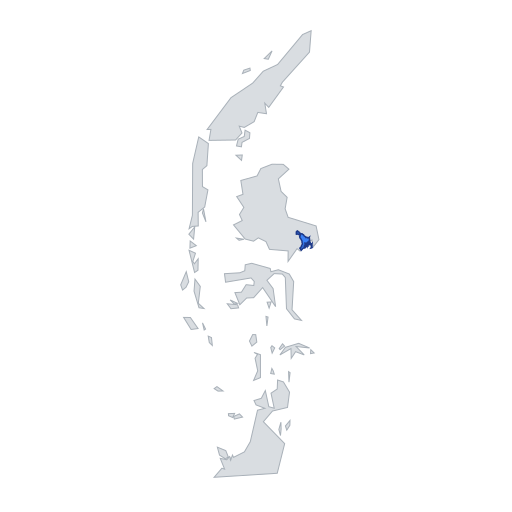 Bulungan, Kalimantan Timur, Indonesia (highlighted), rotated 84°
{"feature_id": "22746128B10941975158621", "entity_name": "Bulungan", "entity_type": "district", "adm_level": 2, "iso_a3": "IDN", "parent_name": "Indonesia", "parent_adm1": "Kalimantan Timur", "projection": "orthographic", "projection_center": [117.459, 2.847], "detail": "fine", "context": "in_parent", "style": "filled", "palette": "blue", "viewbox_px": 512, "rotation_deg": 84, "n_neighbors": 0, "source": "geoboundaries", "source_scale": "gbopen_adm2", "svg_char_len": 8739}
<svg xmlns="http://www.w3.org/2000/svg" viewBox="0 0 512 512"><g transform="rotate(84 256 256)"><path d="M173.1,214.2L181.6,225.7L194.4,224.3L200.9,218.9L212.1,222.1L220.9,220.0L232.4,193.1L246.3,191.7L252.9,198.1L245.8,198.7L255.8,211.6L253.0,214.4L264.8,224.7L254.3,223.5L250.8,241.9L242.7,244.6L238.2,251.8L241.0,256.9L238.0,265.0L222.7,275.1L219.3,266.0L213.0,268.1L206.4,263.0L194.9,269.0L193.3,262.5L179.3,263.2L176.5,246.6L169.5,242.0L166.4,230.5L167.7,219.3L173.1,214.2ZM37.7,177.6L58.8,181.5L85.9,211.6L89.3,214.0L90.8,211.0L109.5,227.8L104.9,231.3L115.6,230.7L113.4,239.2L122.2,243.8L126.9,254.2L125.1,259.1L132.2,257.1L138.5,264.2L136.1,290.6L125.4,287.6L125.1,291.4L95.9,264.3L83.7,241.2L73.0,229.5L67.8,214.5L40.6,186.5L37.7,177.6ZM474.3,257.6L471.7,320.8L463.5,312.1L464.7,309.5L453.5,312.7L455.6,306.4L452.7,303.2L453.7,302.7L455.5,302.9L456.6,302.6L451.5,300.2L453.9,299.4L449.6,288.0L440.1,281.1L409.5,270.6L408.4,263.1L404.1,271.5L399.5,273.1L398.1,265.6L390.8,260.8L407.2,259.0L409.3,253.8L394.0,255.4L390.5,248.8L381.6,247.5L384.1,241.9L394.9,236.9L409.9,240.5L411.9,255.8L421.6,266.0L445.6,247.1L474.3,257.6ZM322.6,224.3L311.6,231.2L280.5,229.1L276.7,231.7L275.4,239.8L281.3,247.7L290.2,242.4L308.4,241.8L288.1,252.7L297.2,262.7L296.8,269.7L302.8,277.2L290.2,280.8L290.5,274.3L283.5,268.8L285.1,261.3L281.2,260.4L277.3,263.2L278.9,289.0L270.3,289.2L271.0,273.8L269.5,268.7L263.6,267.6L262.8,261.0L269.9,243.2L273.2,242.8L272.0,235.2L277.4,224.8L285.4,221.2L313.3,225.8L324.8,217.5L322.6,224.3ZM139.2,291.6L161.0,295.4L164.4,300.3L181.4,302.0L185.2,296.9L201.9,301.9L206.5,309.0L220.1,310.3L219.9,316.2L221.9,319.7L208.9,315.0L157.3,309.3L131.6,300.5L139.2,291.6ZM350.2,225.6L359.4,218.4L355.3,226.6L361.5,231.7L351.7,230.9L356.9,242.6L349.9,236.3L347.3,222.7L353.1,212.3L350.2,225.6ZM354.6,261.9L377.4,264.3L379.5,271.4L370.4,266.3L357.6,267.6L354.0,264.8L351.7,268.1L354.6,261.9ZM301.5,318.1L284.5,321.3L272.6,319.1L280.4,314.6L297.0,318.3L302.8,313.2L301.5,318.1ZM252.7,313.8L264.1,315.2L266.0,318.8L243.3,322.0L246.9,315.9L254.8,319.4L257.3,318.1L252.7,313.8ZM322.1,321.2L322.3,328.2L309.5,334.4L310.3,327.7L322.1,321.2ZM138.4,250.2L141.5,258.0L145.9,259.1L144.5,263.9L138.0,261.5L135.9,255.2L129.7,253.7L132.8,249.2L138.4,250.2ZM450.2,313.1L442.1,314.4L446.4,306.4L452.8,304.6L454.6,307.5L450.2,313.1ZM274.6,325.6L279.8,328.9L282.2,332.6L276.8,333.9L264.3,327.0L274.6,325.6ZM341.7,264.2L345.2,269.5L339.9,271.4L333.8,267.5L334.2,264.5L341.7,264.2ZM220.7,313.9L232.7,316.3L227.3,320.5L220.7,313.9ZM239.5,314.3L241.3,320.9L234.2,319.9L239.5,314.3ZM159.4,260.4L153.7,265.4L154.1,259.1L159.4,260.4ZM414.8,286.2L415.9,294.6L413.3,295.0L411.3,289.0L414.8,286.2ZM216.8,302.2L207.6,304.8L203.7,303.3L216.8,302.2ZM305.8,278.7L305.8,286.4L300.5,289.6L302.6,279.4L305.8,278.7ZM53.7,218.6L61.6,223.2L60.5,227.2L53.7,218.6ZM73.1,250.4L69.9,248.7L68.5,242.4L70.9,242.3L73.1,250.4ZM383.5,311.5L381.8,308.5L386.8,302.9L386.4,307.9L383.5,311.5ZM375.6,234.3L384.9,236.4L374.4,235.7L375.6,234.3ZM318.0,250.4L326.7,252.5L317.1,252.4L318.0,250.4ZM301.6,282.5L297.0,286.3L301.1,279.4L301.6,282.5ZM423.1,239.4L427.9,240.0L432.4,243.6L428.1,244.5L423.1,239.4ZM340.4,308.8L337.2,311.5L330.7,311.9L332.5,308.8L340.4,308.8ZM414.2,296.1L412.0,300.0L409.9,299.9L410.3,293.7L414.2,296.1ZM354.3,250.1L348.6,250.9L346.9,249.5L349.4,247.0L354.3,250.1ZM423.9,248.6L430.7,249.1L437.1,250.4L430.9,251.4L423.9,248.6ZM303.3,245.8L309.2,248.4L303.1,249.8L303.3,245.8ZM358.8,212.0L354.9,211.3L358.5,208.3L358.8,212.0ZM316.9,316.2L323.4,313.8L324.2,315.3L316.9,316.2ZM375.4,250.2L374.4,253.7L369.5,252.0L372.0,250.9L375.4,250.2ZM238.6,271.2L236.1,273.6L238.1,266.2L238.6,271.2ZM348.6,237.0L351.7,241.8L350.5,242.6L346.1,238.8L348.6,237.0Z" fill="#d9dde1" stroke="#a8b0b8" stroke-width="1"/><path d="M255.0,210.4L253.2,208.5L253.0,207.3L252.1,207.0L251.2,207.0L251.2,206.7L251.6,206.6L251.7,206.3L251.1,206.3L251.1,206.2L250.9,206.0L249.8,205.5L249.7,205.4L249.8,205.4L249.7,205.3L249.5,205.2L249.2,205.3L248.9,205.3L249.0,205.4L248.9,205.5L248.8,205.3L248.7,205.4L248.7,205.7L248.7,205.8L248.6,205.7L248.7,205.4L249.1,204.6L249.0,204.4L248.8,204.4L248.7,204.4L248.7,204.2L248.8,204.1L249.1,204.1L248.9,204.0L248.8,203.8L248.9,203.7L249.0,203.7L249.1,203.9L249.3,203.7L249.9,203.6L249.5,203.2L248.7,203.1L248.4,203.3L248.0,203.3L247.9,203.6L247.9,203.3L248.4,203.2L248.3,202.8L247.9,203.1L247.6,203.0L247.3,203.2L247.5,203.0L248.1,202.9L247.9,202.6L247.7,202.7L247.9,202.6L246.8,202.3L248.0,202.3L248.0,202.5L248.3,202.5L248.4,202.8L249.0,202.6L249.2,202.3L248.8,202.4L248.8,202.2L248.5,202.0L248.9,201.9L249.0,201.7L249.0,201.2L248.5,201.1L248.5,201.3L248.2,201.3L248.3,201.5L248.2,201.3L248.2,201.2L248.3,201.2L248.5,201.3L248.5,201.0L248.1,200.7L247.7,201.8L247.0,201.4L246.4,201.5L246.1,200.9L245.8,200.9L244.9,201.1L243.7,201.0L243.1,201.2L242.9,201.1L243.4,202.0L243.4,202.7L243.2,203.1L242.8,203.2L242.6,203.8L242.8,204.5L242.0,204.8L241.2,205.9L239.8,206.6L239.7,207.0L238.7,207.9L238.7,208.8L238.1,210.0L237.8,209.9L237.3,210.7L236.6,210.8L235.9,212.1L235.4,212.1L235.4,212.3L236.0,213.2L236.7,213.0L237.0,213.4L237.3,213.2L238.3,213.7L238.6,213.4L238.5,212.1L239.8,210.2L239.8,209.7L241.0,210.2L241.1,210.5L242.5,210.4L243.7,209.6L246.0,208.7L247.4,208.8L248.4,208.5L249.3,208.7L250.2,209.5L250.9,209.8L251.3,209.6L252.7,211.5L253.2,211.5L253.7,210.8L254.3,210.8L255.0,210.4ZM253.7,199.7L253.1,199.1L252.7,199.3L252.7,199.6L253.8,200.5L253.7,199.7ZM250.5,204.2L250.1,204.2L249.7,204.3L249.4,204.7L249.2,204.6L248.8,205.3L249.0,205.2L249.8,205.1L249.7,205.0L250.2,204.3L250.3,204.2L250.5,204.3L250.7,204.5L250.5,204.2ZM250.9,199.7L249.3,199.5L249.7,199.6L249.6,199.8L250.6,199.9L250.7,200.2L251.3,200.1L250.9,199.7ZM249.7,201.5L249.1,201.7L249.1,201.9L249.1,202.1L249.7,202.1L249.8,201.9L249.9,202.0L250.4,202.1L250.3,201.7L249.7,201.5ZM252.3,205.9L250.6,205.9L251.0,206.0L251.2,206.3L252.3,206.1L252.3,205.9ZM251.8,205.0L251.1,205.1L250.8,205.3L251.0,205.5L250.9,205.6L252.1,205.4L251.8,205.0ZM249.8,203.8L249.1,203.9L249.3,204.0L249.2,204.3L249.1,204.5L249.2,204.4L249.5,204.5L249.7,204.1L250.0,203.9L249.8,203.8ZM251.4,204.3L250.9,204.4L250.7,204.3L250.7,204.5L250.4,204.5L250.7,204.7L251.0,205.0L251.4,204.7L251.4,204.3ZM251.4,199.2L250.6,199.2L250.3,199.1L251.4,199.6L251.8,199.5L251.4,199.2ZM250.1,200.9L249.7,200.9L249.7,201.4L250.2,201.5L250.1,200.9ZM252.5,206.7L252.0,206.3L251.6,206.7L251.9,206.9L252.5,206.7ZM250.1,205.3L249.8,205.5L250.3,205.7L251.0,205.5L250.8,205.3L250.4,205.5L250.2,205.5L250.1,205.4L250.1,205.3ZM252.0,205.5L251.4,205.6L251.0,205.7L252.3,205.8L252.0,205.5ZM249.7,205.2L250.0,205.2L250.3,205.1L250.5,205.2L250.5,205.3L250.6,204.9L250.8,205.0L250.8,204.8L250.4,204.8L250.0,205.2L249.7,205.2ZM249.1,204.0L248.9,203.8L249.1,204.1L248.9,204.2L248.7,204.1L248.8,204.4L249.2,204.3L249.1,204.0ZM249.8,202.1L249.9,201.9L249.7,202.1L249.0,202.2L249.4,202.4L249.8,202.1ZM250.9,204.4L251.4,204.2L250.7,204.1L250.9,204.4ZM250.7,203.9L250.2,204.1L250.9,204.0L250.8,203.9L250.7,203.9ZM250.4,205.4L250.8,205.2L250.7,204.9L250.6,205.3L250.4,205.1L250.2,205.2L250.3,205.3L250.4,205.4ZM250.5,204.3L250.1,204.5L250.3,204.7L250.5,204.3ZM250.0,205.2L250.1,204.7L249.8,204.8L249.9,205.0L250.0,205.2ZM249.0,202.1L249.1,201.9L248.9,202.4L249.0,202.1ZM250.2,204.1L249.9,204.1L249.7,204.3L250.2,204.1ZM248.1,202.8L248.3,202.6L248.0,202.6L248.1,202.8ZM251.4,203.7L251.1,203.6L251.4,203.7ZM249.9,199.2L250.2,199.2L249.8,199.1L249.9,199.2ZM250.3,204.7L250.1,204.6L250.1,204.9L250.3,204.7ZM250.9,204.0L251.2,203.9L250.9,204.0L250.9,204.0ZM250.9,203.9L251.0,203.7L250.8,203.8L250.9,203.9ZM250.3,205.5L250.2,205.3L250.3,205.5ZM249.3,204.7L249.2,204.5L249.3,204.7ZM251.6,204.1L251.4,204.1L251.6,204.2L251.6,204.1ZM251.6,205.0L251.4,205.0L251.5,205.0L251.6,205.0ZM250.4,205.8L250.6,205.8L250.4,205.7L250.4,205.8ZM251.3,206.8L251.3,206.7L251.3,206.8ZM250.2,204.0L250.2,203.9L250.2,204.0ZM251.5,206.8L251.6,206.7L251.5,206.8ZM250.3,204.1L250.2,204.2L250.4,204.1L250.3,204.1ZM249.7,205.0L249.8,204.9L249.7,205.0ZM250.8,203.9L250.6,203.8L250.8,203.9ZM250.5,203.7L250.4,203.7L250.5,203.7L250.5,203.7ZM250.0,205.2L250.1,205.3L250.0,205.2ZM249.7,204.1L249.8,204.1L249.7,204.1ZM248.9,205.4L249.0,205.4L248.9,205.3L248.9,205.4ZM250.8,199.5L250.8,199.4L250.8,199.5ZM250.2,204.8L250.3,204.8L250.2,204.8ZM251.2,205.7L251.3,205.6L251.1,205.7L251.2,205.7ZM251.7,199.7L251.8,199.7L251.6,199.7L251.7,199.7ZM249.9,204.3L250.0,204.2L249.9,204.3L249.9,204.3ZM250.0,204.0L249.9,204.0L250.0,204.0ZM247.5,203.1L247.4,203.1L247.5,203.1ZM250.4,204.8L250.5,204.8L250.4,204.8ZM249.7,204.3L249.7,204.2L249.6,204.3L249.7,204.3ZM247.7,202.5L247.8,202.5L247.7,202.5L247.7,202.5ZM250.2,205.3L250.2,205.2L250.2,205.3Z" fill="#3b82f6" stroke="#1e3a8a" stroke-width="1.5"/></g></svg>